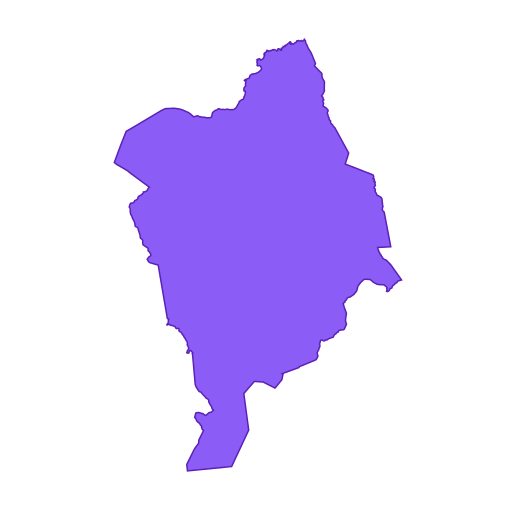 the district of Agneby-Tiassa, Agnéby, Ivory Coast, rotated 250°
{"feature_id": "98640826B52449815511854", "entity_name": "Agneby-Tiassa", "entity_type": "district", "adm_level": 2, "iso_a3": "CIV", "parent_name": "Ivory Coast", "parent_adm1": "Agnéby", "projection": "robinson", "projection_center": [-4.418, 5.953], "detail": "fine", "context": "isolated", "style": "filled", "palette": "violet", "viewbox_px": 512, "rotation_deg": 250, "n_neighbors": 0, "source": "geoboundaries", "source_scale": "gbopen_adm2", "svg_char_len": 6164}
<svg xmlns="http://www.w3.org/2000/svg" viewBox="0 0 512 512"><g transform="rotate(250 256 256)"><path d="M227.5,151.3L226.9,152.3L226.4,152.3L225.9,151.8L223.3,150.7L222.2,149.0L221.8,148.7L221.5,149.0L221.6,150.4L221.5,151.1L221.0,151.6L220.3,151.7L219.2,153.7L217.4,155.7L215.7,156.0L215.0,156.4L214.5,158.3L213.7,158.7L213.1,158.6L212.5,158.1L211.7,158.1L211.2,158.3L210.4,159.2L208.5,160.0L207.8,159.8L205.8,160.7L204.7,160.6L203.3,161.1L201.5,161.3L199.2,161.9L197.7,161.8L196.0,160.9L194.8,161.2L192.7,161.3L191.4,160.6L190.7,159.4L188.9,157.9L188.3,158.1L187.8,159.8L188.9,160.5L189.7,161.5L189.5,162.3L186.6,163.5L186.4,163.0L186.0,162.6L184.8,162.6L155.9,154.9L153.0,155.0L148.5,156.1L147.9,156.4L146.9,157.7L143.5,158.9L141.2,160.1L140.3,160.1L139.0,160.9L138.3,161.7L136.6,162.3L135.9,161.9L134.2,161.7L129.3,162.7L127.6,162.5L126.6,162.8L126.2,163.3L125.6,163.1L124.6,160.8L124.8,159.2L124.8,158.1L123.5,154.7L123.6,153.8L126.2,152.1L126.4,151.5L128.6,148.6L129.1,146.2L128.9,145.6L125.3,143.2L123.5,143.9L121.7,143.8L119.6,144.6L118.0,145.7L116.0,146.0L114.7,146.7L113.5,146.2L111.6,146.2L109.9,147.0L102.6,139.3L99.6,138.0L96.8,133.6L95.4,131.8L83.8,119.6L77.5,118.1L66.5,161.1L94.9,189.6L130.9,197.5L138.7,211.5L135.2,219.5L125.4,228.7L130.9,238.0L135.6,240.9L136.5,240.2L136.5,258.2L137.2,258.9L137.9,275.7L138.1,277.2L140.6,279.9L143.3,280.2L144.4,280.5L146.9,283.3L147.8,283.7L148.8,284.9L150.6,285.6L151.6,285.6L152.5,286.4L154.6,287.8L154.7,288.7L154.6,289.1L153.1,290.5L152.8,291.6L153.4,292.6L152.8,294.0L153.5,296.5L153.3,300.8L154.5,301.9L155.6,303.5L155.4,304.2L156.0,305.0L156.4,306.1L156.4,307.2L157.3,307.8L157.5,308.4L157.4,310.8L156.8,312.6L156.9,313.6L157.1,314.0L160.7,317.5L161.4,317.8L163.9,317.8L166.3,318.7L171.2,321.4L178.0,321.4L181.5,321.7L181.8,322.5L182.2,322.7L182.4,323.2L182.2,323.7L183.5,324.7L183.8,325.8L185.3,327.4L185.5,328.3L185.3,330.7L186.5,335.0L188.4,338.2L189.5,339.3L192.1,340.9L193.1,341.9L195.3,345.3L196.9,349.0L196.9,350.7L194.9,355.1L193.3,356.2L191.3,357.2L188.1,360.0L186.9,362.1L185.3,366.1L184.9,366.5L182.2,368.1L181.6,368.2L180.8,367.7L179.7,367.6L178.1,366.6L177.7,367.2L177.6,368.1L177.8,368.9L178.3,369.7L179.3,370.6L179.5,372.8L180.1,373.1L181.4,374.4L181.9,376.6L182.6,377.2L182.8,379.2L183.7,380.3L183.9,380.9L183.7,384.6L202.6,379.4L202.9,378.8L204.1,378.6L207.4,377.1L209.2,375.2L210.8,374.3L212.2,374.2L213.4,373.8L214.1,373.9L215.7,373.1L216.3,373.4L218.4,372.9L219.4,373.2L220.7,372.9L222.4,373.2L218.6,385.8L253.0,391.4L253.9,391.3L255.3,390.6L256.4,390.6L257.9,391.2L258.9,392.2L260.2,392.3L266.5,393.9L268.1,393.7L270.8,391.6L271.8,390.5L273.3,390.5L276.1,390.0L277.5,390.9L278.2,390.9L279.6,390.2L280.3,390.6L281.1,391.9L281.6,392.4L283.1,392.4L284.5,393.3L285.2,393.0L285.7,392.5L286.0,393.1L286.7,393.0L287.5,393.4L288.2,393.3L288.6,392.5L289.9,393.6L290.7,393.8L292.2,393.7L311.9,371.3L321.0,378.3L349.9,373.9L351.4,373.0L353.2,372.8L354.7,371.9L356.2,371.8L357.5,372.3L359.3,371.4L360.8,371.9L362.7,371.6L364.1,371.9L365.5,371.8L366.6,372.2L367.7,373.4L368.9,373.5L371.6,372.3L373.8,370.3L376.5,371.8L378.9,371.6L379.2,372.7L379.9,373.2L380.9,372.8L382.2,373.2L383.5,372.4L384.0,372.3L384.9,373.8L387.2,376.3L388.2,377.0L389.7,377.3L396.0,379.8L397.0,379.9L399.2,379.4L401.5,379.3L405.0,380.3L414.7,375.9L416.4,377.7L417.2,377.7L426.6,377.4L429.3,377.1L433.6,376.1L436.0,376.1L439.4,375.6L441.3,376.1L443.1,375.5L442.4,374.8L441.9,373.3L442.5,372.4L442.9,372.4L442.9,370.9L443.4,370.2L443.9,369.9L443.8,369.1L444.2,368.0L443.4,367.4L443.2,367.0L443.1,365.7L442.9,365.5L442.8,364.7L442.4,364.1L442.4,363.8L442.7,363.0L443.0,362.9L442.8,362.1L442.8,361.4L443.1,361.1L443.7,361.1L444.3,361.8L445.4,361.7L445.5,361.3L444.8,361.5L444.3,361.0L444.4,360.6L445.1,360.3L445.0,359.8L444.3,357.7L443.9,357.1L444.0,355.5L443.8,355.2L443.2,355.3L443.1,353.7L443.5,353.3L443.1,353.2L442.4,351.9L442.6,351.1L442.5,350.7L441.8,350.5L441.1,350.7L440.8,350.5L440.7,350.1L441.1,349.5L442.6,348.7L443.1,348.1L443.2,347.7L442.7,347.1L441.7,346.7L441.6,345.6L442.8,345.0L443.9,343.4L443.7,343.0L444.2,341.9L443.7,340.8L444.2,339.7L444.0,338.4L444.5,337.9L444.3,337.7L445.1,337.3L445.5,336.6L445.2,336.3L444.7,336.4L444.6,335.6L444.0,335.2L443.9,333.6L443.6,333.5L443.3,332.7L443.0,332.5L442.3,333.0L441.6,332.9L441.4,332.1L440.3,331.7L439.5,330.8L438.7,329.4L438.5,327.3L438.7,327.1L440.0,327.0L440.2,326.7L440.3,324.6L440.0,323.8L439.0,324.4L437.9,323.1L437.0,323.0L436.2,323.3L435.5,322.6L434.7,322.2L434.0,322.8L433.6,324.7L433.0,325.1L430.5,325.4L429.7,324.9L429.1,324.3L428.1,321.8L427.7,320.0L427.7,317.4L428.3,314.7L428.2,314.0L427.8,312.5L427.2,311.6L426.5,311.3L425.5,310.3L425.4,306.1L425.0,305.2L424.2,305.6L424.0,306.4L423.4,305.8L422.1,305.5L420.8,304.7L419.4,304.5L418.6,302.9L418.0,302.2L416.4,301.4L415.2,301.2L414.8,301.9L414.2,302.3L412.4,301.5L411.0,300.6L409.5,299.0L408.1,298.2L407.7,297.6L407.7,295.9L407.0,293.4L406.7,292.9L405.5,292.1L404.4,290.6L402.8,288.9L402.0,287.8L401.8,286.8L401.4,286.0L401.3,285.1L402.5,281.3L403.8,279.4L404.2,276.8L405.1,275.2L405.7,273.0L406.8,272.0L407.2,271.3L407.2,270.6L406.5,269.1L406.8,267.6L406.0,265.1L405.5,264.1L401.9,261.8L401.7,261.1L401.9,259.4L402.7,256.9L404.1,255.0L404.3,254.1L406.4,250.3L407.6,249.4L407.9,248.2L408.0,245.7L408.3,244.9L411.9,243.0L413.9,241.6L418.5,236.8L420.3,234.4L422.6,230.1L423.3,228.2L425.5,221.2L425.1,216.9L419.1,185.5L417.6,176.7L405.9,166.3L392.3,154.8L389.7,156.4L379.6,164.8L379.1,164.8L357.2,179.3L357.1,178.7L355.5,176.7L354.8,176.3L354.6,175.8L354.3,173.8L354.7,172.0L353.9,171.7L353.5,171.2L352.5,168.4L352.3,166.4L351.6,165.3L350.3,164.5L349.7,163.1L349.5,161.0L348.1,159.4L348.0,158.5L348.5,156.6L348.2,155.9L347.4,155.0L345.4,153.6L343.5,154.0L340.5,152.9L338.0,152.5L335.7,153.0L333.9,152.8L329.8,153.4L328.3,153.3L325.5,152.7L325.0,152.8L323.3,154.4L322.2,154.6L320.3,154.3L315.7,154.2L312.6,153.5L311.9,153.7L310.6,154.6L309.6,154.9L306.7,153.9L305.1,153.7L300.2,157.2L299.5,157.2L298.5,156.5L297.5,156.5L296.3,157.2L293.2,157.8L292.3,157.1L291.7,154.9L290.1,152.6L287.4,153.1L286.2,153.8L282.4,158.9L281.0,161.0L227.5,151.3Z" fill="#8b5cf6" stroke="#5b21b6" stroke-width="1.5"/></g></svg>